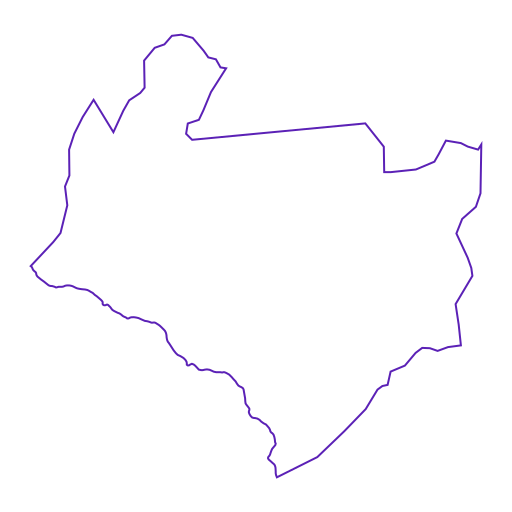 the district of Kouango, Ouaka, Central African Republic
{"feature_id": "33826404B56773227283390", "entity_name": "Kouango", "entity_type": "district", "adm_level": 2, "iso_a3": "CAF", "parent_name": "Central African Republic", "parent_adm1": "Ouaka", "projection": "orthographic", "projection_center": [20.271, 5.054], "detail": "fine", "context": "isolated", "style": "outline", "palette": "violet", "viewbox_px": 512, "rotation_deg": 0, "n_neighbors": 0, "source": "geoboundaries", "source_scale": "gbopen_adm2", "svg_char_len": 3532}
<svg xmlns="http://www.w3.org/2000/svg" viewBox="0 0 512 512"><path d="M472.4,275.9L471.3,268.0L467.7,257.8L456.4,233.5L462.2,218.9L475.9,206.8L480.5,193.3L481.3,144.5L478.1,149.6L467.8,146.6L460.9,143.1L445.9,140.6L438.6,154.4L434.4,161.7L415.9,169.5L391.1,172.1L384.2,172.1L383.8,146.7L365.3,123.4L192.1,139.8L186.1,133.8L187.8,123.5L198.9,119.8L203.3,110.5L211.0,92.0L226.1,68.3L220.5,67.4L215.9,59.3L208.3,57.4L203.6,50.7L192.7,37.9L181.3,34.7L171.9,35.8L164.4,44.4L154.7,47.8L144.1,60.6L144.6,87.7L140.2,93.0L129.2,100.3L123.3,110.7L113.4,132.2L93.6,99.8L82.7,117.0L74.3,133.7L69.1,149.6L69.4,175.5L65.0,186.5L67.3,205.3L60.5,233.0L53.2,242.1L30.7,266.1L31.6,266.8L32.1,267.6L32.6,268.8L33.0,269.7L33.6,270.4L34.4,271.2L35.3,271.9L35.7,272.3L36.1,273.1L36.3,274.4L36.7,275.5L37.6,276.7L38.6,277.5L40.9,279.4L44.1,281.7L45.7,283.0L47.2,284.2L48.6,285.3L50.1,285.9L51.2,286.0L52.4,286.1L53.6,286.5L54.1,286.6L55.1,287.0L55.8,287.4L56.6,287.4L57.6,287.1L58.6,286.8L59.8,286.8L60.8,286.8L62.0,286.8L63.5,286.5L65.0,285.8L66.3,285.5L67.8,285.4L69.8,285.5L71.6,285.9L73.0,286.4L75.8,287.8L77.3,288.4L79.2,288.8L81.8,289.2L85.1,289.5L87.4,290.0L89.2,290.9L90.8,291.9L92.7,292.9L94.8,294.9L96.7,296.2L99.4,298.5L101.1,300.0L101.9,300.9L102.4,301.5L102.6,302.1L102.7,302.8L102.6,303.5L102.6,303.9L103.0,304.5L103.4,305.0L104.0,305.2L104.8,305.3L105.8,305.1L106.5,304.7L107.2,304.6L107.8,304.8L108.4,305.2L109.0,305.9L109.7,306.5L110.5,307.4L111.5,308.8L112.3,309.8L113.3,310.5L114.3,311.1L116.3,312.1L117.7,312.8L119.4,313.4L120.5,314.1L121.7,315.0L122.4,315.7L123.3,316.3L124.3,316.8L125.3,317.2L126.3,317.7L127.1,318.4L128.0,318.5L128.9,318.3L129.9,317.7L131.2,317.3L133.4,317.2L134.7,317.3L136.5,317.6L138.6,318.1L141.4,319.4L144.9,320.9L147.0,321.2L148.6,321.6L149.8,322.0L150.7,322.4L151.6,322.7L152.6,322.7L153.5,322.5L154.4,322.5L155.4,322.8L156.2,323.3L157.3,324.0L158.6,324.8L159.8,325.7L161.4,327.2L162.7,328.5L163.9,329.7L164.9,330.8L165.6,332.1L166.0,333.1L166.3,334.3L166.5,335.5L166.6,337.2L166.9,339.0L167.3,340.5L167.9,341.8L168.8,342.9L170.2,345.0L173.6,350.3L175.9,353.2L177.7,354.9L180.4,356.1L183.5,358.0L185.4,359.9L186.5,361.7L186.8,363.2L186.8,364.7L187.6,365.4L188.9,365.4L190.3,364.5L191.9,363.8L193.7,364.5L195.1,365.6L197.1,367.7L198.8,369.6L201.0,370.1L202.9,370.1L205.1,369.6L207.0,369.4L209.6,369.8L211.9,370.8L213.8,371.7L216.2,372.2L218.1,372.2L220.2,372.2L222.2,372.5L223.4,372.2L224.3,372.2L225.5,372.6L227.1,373.4L229.2,374.6L231.8,377.2L233.5,379.2L235.6,381.4L236.9,383.6L238.4,385.6L239.9,386.5L241.5,387.2L243.0,388.3L243.6,389.6L244.0,392.0L244.6,395.4L245.1,398.2L245.3,401.5L245.6,403.5L246.3,404.6L247.4,406.0L248.5,407.4L249.3,408.6L249.4,409.9L248.9,411.2L248.9,412.6L249.6,414.3L250.6,415.9L252.0,417.4L253.4,417.9L255.3,418.1L257.4,418.6L259.6,419.9L261.1,421.5L263.6,423.3L266.0,424.5L267.6,426.3L269.2,428.2L270.0,429.9L270.4,431.4L271.3,432.6L272.3,433.2L273.5,434.6L274.3,436.9L274.8,439.3L275.1,442.2L275.7,443.6L275.3,445.1L273.2,447.6L272.2,448.8L271.6,450.1L271.2,451.1L270.6,452.8L270.1,454.4L269.5,455.6L268.7,456.5L268.2,457.2L268.0,458.1L268.3,458.9L268.8,459.6L271.1,461.6L272.6,463.0L273.7,463.9L274.5,464.8L274.9,465.6L275.3,466.8L275.5,467.8L275.6,469.5L275.7,471.3L275.7,473.1L276.0,474.9L276.4,476.0L276.9,477.3L317.3,457.1L344.3,431.2L365.7,409.1L377.5,389.6L382.4,386.0L387.6,384.9L390.6,371.6L404.9,365.6L415.6,352.9L422.2,347.9L429.9,348.2L437.6,350.9L448.0,347.1L460.9,345.4L458.7,324.7L455.6,304.1L472.4,275.9Z" fill="none" stroke="#5b21b6" stroke-width="2"/></svg>